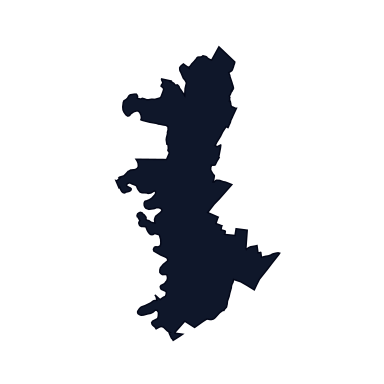 the district of Alexandru I. Cuza, Iasi, Romania, rotated 41°
{"feature_id": "2599482B98432410141384", "entity_name": "Alexandru I. Cuza", "entity_type": "district", "adm_level": 2, "iso_a3": "ROU", "parent_name": "Romania", "parent_adm1": "Iasi", "projection": "albers", "projection_center": [26.859, 47.141], "detail": "fine", "context": "isolated", "style": "filled", "palette": "ink", "viewbox_px": 384, "rotation_deg": 41, "n_neighbors": 0, "source": "geoboundaries", "source_scale": "gbopen_adm2", "svg_char_len": 6050}
<svg xmlns="http://www.w3.org/2000/svg" viewBox="0 0 384 384"><g transform="rotate(41 192 192)"><path d="M254.7,318.8L255.9,315.5L256.5,314.4L257.4,313.4L259.3,312.7L264.5,313.0L267.2,312.5L266.7,313.0L267.9,313.7L272.2,315.7L273.5,315.8L275.1,316.3L277.5,308.3L278.2,305.5L271.8,309.7L271.3,309.3L271.2,309.1L271.3,294.2L282.8,292.5L285.2,282.6L286.4,278.5L287.3,277.5L288.7,276.8L290.1,275.8L291.3,274.1L291.6,273.3L291.9,271.6L292.0,265.9L292.1,264.7L292.9,261.3L293.8,260.4L293.5,259.9L293.5,256.2L292.1,253.6L290.3,251.0L288.6,246.7L286.8,243.4L284.5,238.5L283.4,237.0L282.7,235.4L282.1,233.1L280.7,230.7L287.6,227.8L294.6,226.4L303.2,225.0L301.7,219.8L300.1,213.5L299.5,200.1L299.1,194.3L298.5,182.1L298.3,180.7L296.9,181.4L295.6,182.9L293.8,185.4L293.2,186.6L293.1,187.3L291.7,189.9L289.6,192.4L287.3,195.8L283.6,192.5L283.3,192.6L282.8,193.5L281.7,194.6L276.2,189.8L275.2,191.2L272.1,195.0L271.3,196.8L270.7,199.0L270.7,199.7L269.6,199.1L258.7,184.6L249.4,190.8L253.0,196.6L245.5,201.9L244.3,202.5L244.0,201.5L243.0,199.9L242.4,199.7L238.7,201.5L236.8,198.4L236.8,197.9L230.7,200.1L228.5,194.6L228.3,193.8L217.3,197.2L216.7,186.6L217.1,179.3L217.2,160.3L213.4,161.6L210.5,162.7L208.9,163.7L205.3,165.1L202.8,167.0L202.3,168.2L202.1,170.2L201.3,170.7L200.1,168.1L198.6,165.6L198.0,164.9L195.6,164.6L191.7,163.2L189.9,161.0L189.5,159.7L188.9,159.1L190.2,158.1L191.4,156.9L191.7,156.3L190.7,152.7L189.9,148.2L189.5,148.2L188.8,147.4L184.7,140.3L183.0,137.8L182.8,137.7L181.2,141.5L179.5,141.6L179.0,141.8L178.0,137.9L177.0,131.4L175.7,126.6L174.9,120.8L174.8,120.3L176.9,119.8L176.5,118.3L176.2,118.0L176.3,117.7L176.0,117.2L175.7,115.7L175.2,114.2L174.3,112.5L173.2,108.5L173.0,108.3L172.8,107.4L170.6,99.7L169.9,100.3L167.0,101.1L166.6,101.6L165.1,101.3L164.4,101.0L162.8,99.5L161.7,98.9L161.5,98.5L160.8,98.3L160.5,98.6L160.1,97.8L159.2,97.0L158.5,95.8L158.2,95.8L158.1,95.6L157.1,95.1L157.0,93.5L156.1,91.1L156.0,89.6L155.4,89.9L154.9,88.5L155.5,88.2L155.4,87.8L155.6,87.6L154.8,86.3L154.9,86.2L153.1,84.9L152.8,85.0L152.5,84.6L152.1,84.7L152.0,84.3L150.5,83.3L144.9,80.0L144.3,79.4L141.4,77.8L142.2,75.3L142.4,74.4L142.3,73.4L141.2,70.5L140.2,68.4L139.9,67.4L139.0,65.8L117.1,64.8L120.3,79.6L118.5,80.3L116.4,80.7L114.5,80.7L114.4,80.5L113.5,80.7L110.9,82.0L110.8,82.3L110.7,83.4L110.0,84.4L108.0,86.3L107.7,87.2L108.0,89.6L108.0,90.0L107.9,90.3L108.0,91.6L107.8,95.9L108.0,96.9L108.1,98.9L107.4,100.1L108.0,100.4L104.3,100.8L101.5,101.0L101.0,103.9L101.0,105.1L101.2,106.3L102.2,107.4L103.4,108.4L105.1,109.0L110.8,111.8L113.5,112.2L116.2,113.3L118.9,118.4L123.3,124.1L116.4,122.2L114.7,121.9L112.9,120.9L110.9,120.7L110.6,120.8L109.8,121.9L109.3,122.2L108.7,122.3L107.1,121.9L106.2,122.0L105.4,122.4L104.5,122.1L104.2,122.1L103.6,122.9L103.2,123.1L102.8,122.7L102.9,122.2L94.9,126.6L95.0,126.9L95.9,127.5L97.5,128.2L98.2,128.6L98.6,129.6L98.7,131.3L99.2,132.4L101.5,132.3L102.8,132.7L103.3,133.2L104.1,134.9L105.9,139.7L106.3,141.2L106.0,142.2L103.2,146.5L100.7,148.4L98.5,151.1L97.3,152.1L95.1,152.9L93.0,153.9L92.6,155.0L92.3,155.5L89.3,157.2L88.1,155.4L87.7,155.4L86.9,154.9L85.8,154.7L84.2,156.1L81.6,159.2L81.3,160.9L81.8,163.4L81.6,165.5L80.8,167.8L81.4,169.5L83.9,173.2L86.1,175.3L88.2,176.3L91.5,177.1L93.6,176.9L94.4,176.0L94.7,174.9L94.5,173.5L95.3,170.0L95.8,169.0L97.4,166.6L99.3,166.1L100.8,166.4L103.0,167.4L104.8,168.8L105.7,170.1L106.0,171.0L107.3,170.6L114.3,167.1L120.0,163.6L122.2,162.7L123.3,161.9L126.4,160.2L128.5,158.8L130.9,158.4L133.1,160.6L134.3,163.1L135.3,164.1L137.2,167.9L138.3,169.5L141.7,172.4L142.2,172.0L143.4,172.5L145.3,174.4L146.1,175.5L146.3,176.2L146.8,176.6L147.7,176.6L149.3,177.4L151.5,184.2L128.3,204.0L130.1,204.5L132.2,205.5L133.8,206.9L134.6,207.8L135.0,208.6L135.2,209.9L134.8,211.5L134.1,212.7L131.2,215.8L130.8,217.6L130.3,218.1L130.2,221.9L130.0,224.5L127.5,228.5L127.5,229.0L128.5,228.6L128.5,228.8L128.3,229.7L128.2,231.4L127.8,233.0L127.1,233.3L134.3,236.8L134.6,236.3L134.4,235.9L136.9,237.1L138.7,237.7L140.2,237.7L141.0,237.4L141.9,236.8L141.9,235.9L144.0,233.0L144.6,231.6L144.7,230.8L144.3,229.8L143.8,229.4L142.2,229.5L141.0,230.0L140.3,230.0L139.2,230.4L138.0,229.7L137.7,228.0L138.8,226.2L139.5,225.7L141.0,225.4L145.4,223.8L146.4,224.0L146.9,223.9L147.5,224.6L149.5,225.4L151.2,225.8L152.8,226.1L154.7,225.4L158.1,222.6L159.9,221.8L161.6,219.7L162.9,215.7L164.3,215.7L165.4,216.8L165.8,218.5L165.7,223.2L164.9,225.8L163.4,228.8L162.8,229.4L162.6,230.0L162.9,231.2L163.5,232.2L164.8,233.5L166.1,234.2L167.9,234.5L170.8,233.4L174.4,229.3L175.5,227.1L177.3,225.6L179.3,224.9L180.9,225.2L181.6,226.0L181.6,228.2L180.5,234.1L181.0,235.7L181.8,237.4L183.2,238.7L184.4,239.9L180.9,241.7L178.2,241.9L176.9,242.7L175.6,242.9L175.1,242.9L174.3,241.6L173.4,241.1L170.7,240.6L168.9,240.9L168.6,240.6L168.1,240.5L166.5,241.1L165.8,242.1L165.3,244.0L165.4,244.5L166.0,245.9L167.0,246.6L167.9,246.3L168.4,246.7L171.3,247.7L171.4,247.8L171.8,249.7L172.4,250.5L173.9,251.4L175.0,251.6L176.1,251.3L176.8,251.0L178.0,249.9L178.6,249.6L179.4,248.9L179.7,248.7L180.5,248.8L183.4,250.3L185.1,250.9L187.0,251.3L188.4,251.3L189.4,250.8L190.4,249.8L190.7,249.1L191.0,247.8L194.9,246.0L195.8,246.0L199.4,248.3L202.0,251.0L203.0,252.6L203.2,254.0L202.4,255.7L200.5,257.2L199.9,258.3L200.1,259.5L200.5,260.6L201.9,261.6L209.7,260.1L214.4,258.6L216.2,258.2L217.9,258.9L218.8,259.9L217.8,265.5L217.9,269.9L218.8,271.8L220.4,273.7L221.9,274.0L223.8,273.8L226.3,271.5L227.3,271.0L228.3,271.6L230.0,273.0L231.2,275.3L231.2,277.2L231.4,279.1L230.5,281.5L229.9,282.8L230.1,284.2L231.2,285.1L232.6,285.6L237.2,284.2L238.6,284.6L239.8,286.5L240.4,288.4L239.5,290.1L238.5,294.2L231.5,294.0L232.8,294.3L233.9,294.8L236.6,296.8L234.7,298.8L234.2,299.8L233.6,302.8L231.1,308.6L229.5,311.4L229.0,312.7L228.9,314.6L229.3,317.7L230.0,318.6L231.0,319.2L232.8,319.0L234.5,318.4L236.2,316.6L238.5,313.1L240.4,310.7L241.4,308.3L241.8,305.2L243.6,304.2L245.8,305.0L248.0,307.8L249.1,310.0L247.0,315.4L247.3,317.1L248.8,318.1L250.2,318.3L252.6,318.2L254.7,318.8Z" fill="#0f172a" stroke="#020617" stroke-width="1.5"/></g></svg>